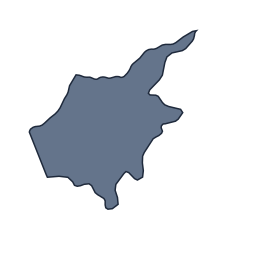 the District of Mchinji, rotated 252°
{"feature_id": "MWI-1911", "entity_name": "Mchinji", "entity_type": "District", "adm_level": 1, "iso_a3": "MWI", "parent_name": "Malawi", "parent_adm1": "", "projection": "orthographic", "projection_center": [33.108, -13.784], "detail": "fine", "context": "isolated", "style": "filled", "palette": "slate", "viewbox_px": 256, "rotation_deg": 252, "n_neighbors": 0, "source": "natural_earth", "source_scale": "10m", "svg_char_len": 1681}
<svg xmlns="http://www.w3.org/2000/svg" viewBox="0 0 256 256"><g transform="rotate(252 128 128)"><path d="M65.8,83.8L68.4,83.3L74.0,78.5L76.7,76.8L84.4,75.6L87.0,73.7L88.0,68.9L87.8,65.0L88.3,61.7L90.0,59.4L93.8,58.8L99.7,55.6L103.4,47.5L106.1,36.1L109.0,35.8L154.6,32.9L155.7,33.6L157.0,34.9L158.0,38.0L158.0,40.3L157.1,44.6L157.3,47.2L158.3,49.9L161.7,57.1L163.9,63.1L165.8,66.6L168.2,69.7L175.6,76.7L178.5,80.2L180.6,82.1L186.3,85.5L194.6,95.0L193.2,98.0L191.9,99.8L191.2,100.6L189.9,102.4L189.0,104.5L188.3,106.9L187.8,107.9L185.0,111.1L184.5,112.0L184.1,113.0L184.0,114.2L184.5,115.8L184.7,117.5L184.3,119.9L183.7,121.3L183.0,122.5L181.8,124.2L181.2,125.2L180.9,126.8L180.7,132.2L180.2,133.9L179.6,135.3L178.3,136.9L178.0,138.3L178.2,140.2L180.3,144.2L182.1,146.6L183.9,148.5L185.4,149.7L186.8,151.3L187.6,152.8L190.8,160.8L194.9,167.1L195.8,169.3L196.2,171.9L195.8,174.6L195.1,176.4L194.9,177.8L194.9,179.7L196.3,186.2L195.9,189.6L194.3,194.3L193.9,196.9L194.4,199.9L197.5,208.6L199.9,219.2L199.4,223.1L198.8,222.0L197.3,220.6L195.5,219.8L192.5,217.9L190.8,216.0L185.7,207.4L184.8,203.6L185.8,193.0L183.6,187.0L178.9,183.3L167.6,177.0L164.1,172.7L157.6,160.5L154.7,158.1L152.6,159.2L150.6,164.6L148.8,166.5L141.6,168.6L138.7,170.1L135.9,173.3L129.5,183.8L125.7,184.8L120.9,178.5L119.8,175.3L120.5,164.6L120.9,163.3L120.8,162.2L119.7,160.4L118.0,159.6L114.3,159.8L112.6,158.3L111.3,155.0L110.8,151.8L110.0,148.6L99.7,135.9L96.7,133.2L90.4,130.9L82.7,129.4L76.8,126.7L75.6,120.9L77.8,118.6L85.4,114.9L87.2,112.6L86.0,110.1L78.1,99.0L72.7,96.5L65.1,96.5L58.5,95.0L56.1,88.2L57.0,83.8L59.0,82.2L61.9,82.5L65.8,83.8Z" fill="#64748b" stroke="#1e293b" stroke-width="1.5"/></g></svg>